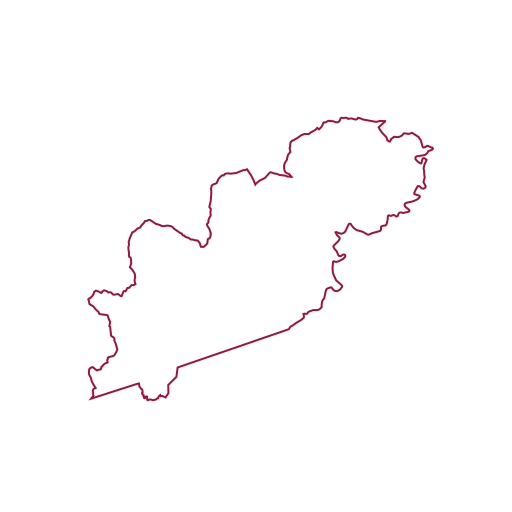 Huong Hoa, Quảng Trị, Vietnam, rotated 251°
{"feature_id": "81297802B55643895945103", "entity_name": "Huong Hoa", "entity_type": "district", "adm_level": 2, "iso_a3": "VNM", "parent_name": "Vietnam", "parent_adm1": "Quảng Trị", "projection": "mercator", "projection_center": [106.685, 16.705], "detail": "fine", "context": "isolated", "style": "outline", "palette": "rose", "viewbox_px": 512, "rotation_deg": 251, "n_neighbors": 0, "source": "geoboundaries", "source_scale": "gbopen_adm2", "svg_char_len": 6087}
<svg xmlns="http://www.w3.org/2000/svg" viewBox="0 0 512 512"><g transform="rotate(251 256 256)"><path d="M325.0,165.4L324.7,164.7L325.1,162.1L324.2,161.5L322.0,157.3L321.3,156.7L320.6,155.7L320.6,153.5L320.1,151.8L318.9,149.3L318.6,146.7L313.5,142.1L311.3,140.7L310.9,140.2L308.3,139.7L305.7,138.1L302.6,137.3L300.2,137.0L299.0,136.4L296.7,135.8L295.2,136.9L292.4,136.5L290.5,135.8L289.5,135.6L286.4,133.1L283.3,134.6L278.8,135.6L275.3,134.9L273.9,133.9L271.7,133.0L268.7,132.9L268.3,130.7L269.0,128.9L267.2,125.7L267.6,124.0L265.1,121.2L265.6,120.5L265.8,119.5L265.5,119.1L261.8,115.9L261.9,115.4L262.7,114.6L264.9,113.3L265.6,109.3L266.1,108.3L268.5,107.2L269.3,106.0L269.6,104.4L271.2,103.6L273.0,101.2L272.5,99.1L271.7,98.4L271.4,97.6L273.5,95.8L275.4,93.4L274.8,91.4L272.3,89.4L271.5,88.3L270.2,85.5L270.1,83.8L269.5,83.3L268.3,83.4L264.8,82.9L261.4,85.7L257.0,87.4L254.1,89.0L252.7,88.9L251.6,89.9L249.1,95.1L248.1,96.4L244.0,96.3L241.2,96.6L237.4,94.5L236.7,95.0L236.0,94.9L228.0,93.1L227.3,93.2L225.4,94.9L224.6,95.1L223.7,95.2L222.6,94.7L221.1,94.5L219.0,94.8L212.9,94.5L210.8,92.8L208.1,89.5L208.0,87.4L208.4,83.4L208.1,82.8L206.9,82.4L206.2,81.6L205.6,81.3L203.8,81.1L203.6,80.7L203.5,78.2L203.0,76.6L201.7,74.6L201.5,73.8L199.4,72.4L199.7,69.6L199.6,68.3L204.1,65.4L204.2,63.4L203.3,61.5L200.5,60.1L198.0,59.6L194.9,60.2L191.1,59.9L187.7,60.4L183.5,61.4L183.3,59.6L182.9,58.8L181.8,57.8L178.9,57.3L178.2,56.9L176.9,56.9L174.8,53.7L173.8,101.9L173.6,103.8L170.7,103.3L167.7,104.2L166.8,104.9L166.1,104.9L164.0,104.4L163.7,103.8L163.1,103.9L162.7,103.5L161.9,103.7L160.9,104.5L159.7,103.9L159.3,104.2L159.1,104.9L158.7,104.1L158.2,104.0L157.9,104.1L157.8,104.7L158.8,106.2L158.8,107.0L158.3,107.2L155.7,106.4L155.1,106.5L154.9,106.8L155.0,108.5L154.3,110.3L153.2,111.6L152.9,114.6L153.5,116.3L153.4,117.2L154.4,117.8L155.3,119.1L155.7,120.2L154.5,120.3L154.1,121.9L151.7,124.4L154.9,128.6L162.6,131.0L167.7,141.4L176.1,145.6L176.1,263.2L178.1,265.7L178.1,267.0L179.6,272.0L180.8,277.8L181.9,280.8L182.9,281.6L185.8,282.0L185.8,282.8L185.0,284.3L184.8,285.5L185.8,286.9L186.2,288.1L186.2,292.8L185.1,295.5L184.8,297.3L184.9,298.6L186.2,301.3L189.4,302.6L191.4,303.7L192.6,304.8L193.8,306.7L200.4,310.7L201.8,312.0L202.1,313.7L202.0,316.7L201.4,317.2L198.6,318.2L197.8,318.8L197.0,319.7L196.3,321.6L197.0,324.8L198.8,327.3L199.5,327.7L201.0,327.3L206.7,323.9L212.2,323.3L214.8,323.2L219.4,324.3L225.4,327.0L225.7,327.9L224.3,329.7L224.1,332.3L224.9,337.4L226.1,339.8L226.8,340.4L227.9,340.6L228.8,339.7L229.0,338.4L228.4,337.0L228.4,336.3L228.5,335.4L229.4,334.2L234.2,333.8L237.4,332.5L238.8,332.2L239.7,332.3L240.4,332.7L243.4,338.9L245.1,340.8L246.4,340.9L249.4,339.3L252.5,338.9L252.5,339.6L252.3,340.0L250.5,342.0L249.2,344.2L249.2,346.4L250.2,348.5L255.8,353.9L256.1,354.6L255.9,355.5L255.3,356.1L253.4,356.5L250.7,357.5L247.7,359.6L244.1,364.8L240.0,368.4L239.6,369.0L239.5,370.2L239.8,373.1L239.3,381.1L239.5,382.0L240.7,383.0L242.8,383.7L243.1,384.1L243.3,385.6L242.7,388.5L243.9,390.1L248.1,392.6L250.1,393.3L250.9,393.9L251.2,394.5L251.0,395.3L250.6,395.6L250.0,396.6L250.0,399.4L249.6,400.1L247.8,401.4L247.5,402.0L247.6,402.9L249.7,404.7L250.2,405.7L250.3,406.3L250.0,407.4L248.7,409.3L248.2,414.3L248.3,415.5L248.8,415.8L249.8,415.8L253.9,413.2L255.8,413.1L256.9,413.8L257.2,414.5L257.3,416.1L256.7,420.9L256.6,423.4L257.1,427.3L258.3,429.9L259.2,430.3L259.9,430.0L262.8,426.1L263.2,425.9L264.2,426.2L266.9,428.8L269.4,431.7L269.0,432.9L268.0,433.8L266.1,434.6L265.3,435.8L265.2,436.7L265.4,438.1L266.3,439.0L267.5,439.1L271.4,438.4L275.3,441.1L278.2,441.6L281.0,442.5L284.3,443.0L287.4,444.9L291.3,448.6L293.3,447.4L293.9,446.6L293.9,445.7L293.2,444.7L289.9,442.7L289.8,442.0L290.1,441.5L292.9,439.5L295.5,438.4L296.1,438.4L297.4,439.0L297.9,440.0L297.9,440.6L296.7,447.0L296.6,449.0L297.7,451.7L299.0,453.0L299.2,457.2L299.6,458.0L300.1,458.3L301.0,458.0L301.8,456.8L304.2,454.4L304.4,453.6L303.9,451.4L303.9,450.0L304.3,449.4L305.2,449.1L309.5,449.4L312.3,449.4L313.9,448.8L315.6,448.5L321.6,443.7L321.7,440.2L323.7,436.2L323.7,435.5L322.4,433.2L322.0,430.5L322.2,428.9L323.8,425.1L323.0,423.5L322.9,422.2L320.6,420.0L321.0,419.0L322.3,418.3L322.6,417.8L324.5,418.0L326.3,417.8L330.9,415.6L334.7,414.4L337.8,413.9L341.2,421.9L341.5,422.0L343.3,417.3L343.6,413.9L344.1,412.5L350.3,401.5L352.1,399.6L353.4,397.6L352.5,396.2L352.6,394.5L355.1,390.9L355.6,387.8L356.9,387.0L357.6,385.7L358.0,383.8L358.9,381.8L358.8,381.4L358.5,380.7L356.8,379.4L356.0,377.9L355.9,376.7L356.2,375.5L358.3,372.8L358.6,371.9L359.3,371.2L359.3,370.2L360.3,368.4L359.7,365.1L360.3,363.4L358.0,361.3L356.7,359.9L355.2,356.7L357.2,355.6L355.9,353.3L355.0,348.0L354.2,345.9L354.8,343.2L355.6,341.5L355.4,337.9L354.3,334.3L353.2,329.4L353.3,327.8L352.6,326.6L352.5,325.9L350.3,324.6L348.1,323.8L347.3,323.0L343.1,322.3L341.4,319.4L339.8,318.2L337.0,316.6L334.7,313.7L332.8,312.2L329.6,311.1L327.0,310.8L325.5,311.2L323.9,312.4L322.9,313.9L319.2,315.4L319.3,314.9L319.9,314.4L320.7,311.9L322.6,309.6L324.9,304.7L327.0,302.3L327.8,300.6L330.5,297.0L330.4,296.2L326.8,289.7L326.2,284.4L324.6,279.7L323.8,278.6L329.2,278.3L334.0,277.6L341.0,275.7L340.7,273.9L341.3,271.9L340.9,264.3L342.0,259.2L343.4,256.0L343.7,254.8L343.6,253.1L342.7,251.7L343.3,250.4L342.8,248.9L341.0,245.5L339.9,244.7L339.1,243.6L338.0,242.9L337.7,242.3L337.5,238.3L337.0,237.2L336.1,236.4L335.1,236.0L334.3,235.2L332.2,235.0L328.7,233.7L322.8,231.1L317.7,227.9L317.2,227.8L315.3,228.6L312.1,227.1L309.0,226.3L306.8,223.8L305.1,222.5L304.0,222.3L303.1,221.8L302.3,220.2L301.5,219.8L299.4,220.0L296.8,220.7L291.6,220.6L291.2,220.0L289.9,219.7L287.9,218.0L287.7,217.5L287.9,216.6L287.4,215.8L284.2,214.3L283.5,213.5L282.5,211.8L281.7,209.5L282.1,208.1L282.7,206.9L286.3,207.0L288.8,206.3L290.1,205.2L290.2,204.3L292.1,201.6L292.9,199.7L295.1,198.2L297.0,195.5L298.8,194.7L299.0,193.9L300.1,193.2L301.4,193.1L302.5,191.8L308.3,187.5L310.6,186.5L311.5,185.7L313.1,183.2L313.7,181.8L314.3,178.3L315.1,176.6L316.5,175.3L319.1,171.7L324.5,167.6L324.9,167.1L325.0,165.4Z" fill="none" stroke="#9f1239" stroke-width="2"/></g></svg>